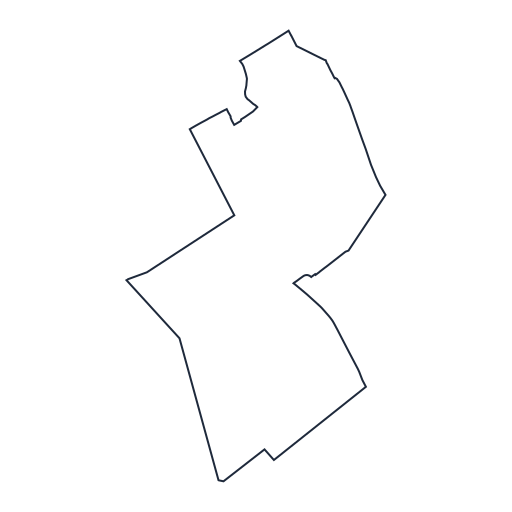 the district of Muharam Bik, Al Iskandariyah, Egypt, rotated 90°
{"feature_id": "37247803B18141858630320", "entity_name": "Muharam Bik", "entity_type": "district", "adm_level": 2, "iso_a3": "EGY", "parent_name": "Egypt", "parent_adm1": "Al Iskandariyah", "projection": "mercator", "projection_center": [29.924, 31.184], "detail": "fine", "context": "isolated", "style": "outline", "palette": "slate", "viewbox_px": 512, "rotation_deg": 90, "n_neighbors": 0, "source": "geoboundaries", "source_scale": "gbopen_adm2", "svg_char_len": 2119}
<svg xmlns="http://www.w3.org/2000/svg" viewBox="0 0 512 512"><g transform="rotate(90 256 256)"><path d="M480.2,293.5L480.3,293.3L481.3,288.5L449.4,247.5L460.0,238.1L386.8,146.1L380.1,149.6L371.8,152.8L369.0,154.1L358.2,159.8L352.1,163.0L338.8,169.9L329.9,174.5L327.3,175.9L325.2,177.0L323.2,178.1L322.8,178.3L322.3,178.6L320.5,179.7L317.8,181.7L315.6,183.5L314.6,184.4L314.1,184.8L313.7,185.2L310.6,187.9L308.0,190.2L306.5,191.7L294.6,204.8L291.9,208.0L286.3,214.7L284.8,216.5L284.6,216.8L284.3,217.1L283.3,218.5L283.1,218.3L282.9,218.1L281.0,215.3L278.8,212.4L276.0,208.5L275.8,208.1L275.5,207.6L275.1,206.2L275.1,205.7L275.0,205.1L275.2,203.9L275.5,203.2L275.7,202.5L276.6,201.3L277.0,200.8L276.9,200.7L274.1,196.8L274.4,196.5L274.8,196.3L272.1,192.7L271.9,192.5L271.7,192.3L267.9,187.4L266.6,185.6L253.4,168.7L251.7,166.5L250.6,163.5L194.9,126.5L185.7,131.9L177.1,136.0L164.8,141.0L149.0,146.3L139.2,149.9L125.9,154.6L117.6,157.5L111.8,159.5L106.6,161.4L105.9,161.6L105.2,161.9L103.1,162.7L98.7,164.8L98.4,164.9L98.0,165.1L92.3,167.7L88.9,169.3L88.3,169.6L87.6,170.0L82.3,172.6L80.8,173.7L78.9,175.0L77.9,176.9L78.2,177.4L77.0,178.1L73.7,179.7L70.2,181.6L63.9,184.6L63.6,184.9L63.4,185.1L62.9,185.3L60.2,186.3L60.0,187.1L59.8,187.8L59.7,187.9L57.9,191.6L46.1,215.4L35.3,220.9L35.3,221.0L30.7,223.4L34.2,228.9L44.3,244.9L44.4,245.1L44.5,245.3L54.5,261.5L60.9,272.1L64.0,269.7L66.6,268.4L70.1,267.3L74.0,266.1L78.4,265.1L78.8,265.1L79.2,265.1L81.4,265.3L85.0,265.6L85.3,265.6L88.0,266.1L91.5,267.0L94.3,266.9L96.7,266.3L99.1,264.5L99.7,263.7L100.2,263.0L103.9,258.8L105.2,256.7L106.8,254.9L107.0,254.8L107.1,254.7L111.5,259.0L116.9,266.9L119.4,270.9L120.2,271.0L120.9,271.1L124.7,277.5L124.8,277.6L124.9,277.8L120.6,280.2L117.6,281.4L117.0,281.4L116.3,281.4L112.2,283.8L109.1,285.3L112.0,291.0L112.5,291.8L113.0,292.7L115.0,296.6L116.4,299.2L118.2,302.8L119.6,305.1L119.9,305.7L120.2,306.2L122.7,310.9L124.7,314.5L125.0,315.0L125.3,315.6L128.3,320.8L128.8,321.5L129.2,322.2L215.3,277.7L272.3,365.1L279.2,384.0L279.7,384.6L280.2,385.5L338.3,332.5L480.2,293.5Z" fill="none" stroke="#1e293b" stroke-width="2"/></g></svg>